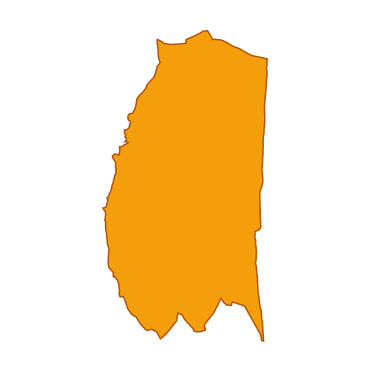 outline of Tambrauw, Papua Barat, Indonesia, rotated 262°
{"feature_id": "22746128B68810971865676", "entity_name": "Tambrauw", "entity_type": "district", "adm_level": 2, "iso_a3": "IDN", "parent_name": "Indonesia", "parent_adm1": "Papua Barat", "projection": "orthographic", "projection_center": [132.821, -0.81], "detail": "fine", "context": "isolated", "style": "filled", "palette": "amber", "viewbox_px": 384, "rotation_deg": 262, "n_neighbors": 0, "source": "geoboundaries", "source_scale": "gbopen_adm2", "svg_char_len": 4946}
<svg xmlns="http://www.w3.org/2000/svg" viewBox="0 0 384 384"><g transform="rotate(262 192 192)"><path d="M347.5,179.7L347.9,178.8L345.6,178.4L343.1,178.2L341.7,178.3L340.8,178.3L338.8,178.1L336.7,178.2L335.9,178.1L335.4,178.0L335.1,177.9L334.3,177.8L333.6,177.8L332.8,177.7L332.1,177.7L331.4,177.7L330.7,177.6L329.9,177.4L329.5,177.6L328.9,177.7L328.4,177.8L327.9,177.8L327.0,178.0L326.4,178.1L325.9,178.2L325.3,178.3L324.8,178.3L324.2,178.1L323.6,177.6L323.2,177.2L322.9,176.7L322.4,176.3L322.0,175.8L321.0,175.1L320.5,174.8L320.0,174.6L319.5,174.4L318.9,174.1L318.4,173.9L317.9,173.7L317.4,173.5L316.8,173.3L316.3,173.1L315.7,172.8L314.7,172.3L313.6,171.7L313.0,171.4L312.5,171.1L312.1,170.9L311.4,170.5L311.1,170.2L310.6,169.9L310.2,169.4L309.9,169.0L309.5,168.4L309.1,167.8L308.4,167.1L308.0,166.7L307.6,166.1L307.2,165.4L306.5,164.7L306.0,164.2L305.3,163.5L304.7,162.8L304.3,162.3L302.4,161.4L300.8,160.3L298.7,158.1L297.1,156.6L297.2,156.4L297.0,156.2L296.4,155.8L296.3,155.6L296.1,154.8L295.7,153.9L294.1,152.6L294.0,152.4L293.7,151.9L293.2,151.6L292.8,151.3L292.7,151.2L292.4,151.1L291.9,150.8L291.5,150.4L291.5,150.2L290.1,149.9L287.8,149.2L285.7,148.5L284.4,148.1L282.8,147.2L282.8,147.3L282.2,147.1L281.1,146.3L280.8,145.7L280.4,145.5L279.8,145.1L279.1,144.7L278.9,144.6L278.0,143.6L278.1,142.5L278.2,140.9L276.7,139.4L275.4,139.0L275.3,138.9L273.9,138.9L273.1,138.9L271.8,139.2L270.9,140.8L270.2,140.7L268.8,140.5L267.9,139.8L267.7,139.9L266.9,139.7L266.5,139.5L266.1,139.3L265.6,139.3L263.8,137.8L262.7,135.9L262.6,135.1L262.9,134.5L262.7,133.6L260.9,133.5L260.5,133.6L260.5,134.2L260.4,133.4L258.2,134.1L256.7,134.0L256.4,133.4L256.0,133.3L255.8,133.3L255.3,133.6L254.7,134.3L253.9,134.4L252.6,134.1L252.1,133.6L251.8,133.6L251.3,132.8L251.3,133.2L251.2,133.2L249.7,136.1L249.7,135.7L248.8,133.8L247.8,130.6L246.3,128.5L246.9,126.5L244.8,126.4L244.2,126.4L243.4,126.3L242.7,126.1L242.2,125.9L241.6,125.7L240.7,125.4L239.9,125.3L239.6,125.3L239.3,125.3L239.1,125.3L238.8,125.1L238.9,124.8L239.0,124.6L239.2,124.3L239.3,123.9L239.3,123.7L239.5,123.1L240.1,121.9L240.4,120.7L238.8,118.3L237.7,118.1L235.6,118.8L233.3,119.9L231.6,120.6L227.5,119.7L225.8,119.8L225.3,119.9L223.9,119.5L222.5,119.8L221.7,119.3L218.8,117.7L214.8,116.1L212.3,115.2L208.7,113.3L206.8,112.9L204.2,111.6L203.0,110.8L201.5,109.6L200.4,109.7L197.8,106.9L196.2,107.8L192.1,106.0L189.3,105.0L188.5,102.7L188.5,101.6L186.9,102.0L184.8,103.5L181.7,103.3L178.3,102.5L176.0,101.7L174.5,102.3L170.6,101.7L166.8,101.3L163.0,101.6L151.8,101.0L147.3,101.9L139.3,100.1L132.7,99.0L128.5,99.2L123.1,103.0L120.8,102.5L119.2,102.2L118.4,103.9L116.9,104.7L115.5,105.8L113.7,106.2L110.9,106.6L107.3,106.5L104.6,106.5L100.4,105.6L98.2,106.2L98.0,109.2L95.6,110.3L85.4,112.1L79.2,115.2L75.8,119.4L72.2,120.9L67.6,123.0L62.5,126.8L61.0,128.6L61.4,129.9L61.6,131.5L61.4,133.2L58.6,137.5L56.9,138.1L51.0,140.3L55.1,146.7L66.5,158.8L74.0,161.1L71.6,165.2L67.3,166.7L63.2,169.5L58.1,172.9L56.8,173.9L53.6,174.9L52.7,178.4L52.5,181.3L53.5,186.2L54.1,186.2L58.7,185.6L61.0,188.0L69.0,196.4L70.1,197.2L82.6,206.0L80.3,207.1L79.6,207.5L78.0,208.2L77.0,209.2L75.5,210.1L75.0,212.0L74.5,213.7L74.2,214.9L74.5,215.1L74.8,215.4L75.2,215.5L75.7,215.7L76.1,215.8L76.6,216.2L77.1,216.7L77.4,217.1L71.8,228.2L41.2,240.1L35.3,240.4L34.4,242.2L36.7,242.2L37.8,242.5L40.3,242.6L42.7,242.7L44.6,242.9L50.0,243.3L51.4,243.5L53.4,243.7L55.1,243.5L57.1,243.5L61.3,243.7L65.2,244.0L66.1,243.8L69.7,243.4L71.1,243.5L74.3,243.4L76.8,243.5L78.8,243.7L79.9,243.6L83.3,243.4L85.9,243.7L87.5,243.7L89.4,244.1L91.9,244.3L92.3,243.9L93.7,244.3L95.1,244.5L97.6,244.9L99.4,245.0L102.7,244.8L105.1,245.1L107.4,245.1L109.0,245.4L111.8,244.9L112.9,244.9L115.5,245.9L118.7,246.5L120.1,246.6L123.0,247.4L124.3,247.4L125.4,247.5L128.2,247.7L130.5,247.8L132.6,247.7L134.4,248.3L135.3,248.3L136.0,248.3L137.2,247.7L138.6,248.1L139.7,248.3L140.6,248.3L141.9,248.7L143.0,248.7L144.1,248.9L145.2,253.3L147.8,255.3L162.9,256.6L162.8,256.8L168.6,257.4L181.8,259.0L188.3,262.0L189.1,262.5L190.5,262.9L192.9,263.7L195.8,264.0L198.8,264.1L202.5,264.3L205.4,264.4L207.6,265.1L209.5,265.6L210.7,265.8L214.7,266.5L217.6,267.0L219.3,267.5L223.0,268.1L226.3,268.6L230.9,269.3L235.9,270.0L238.8,271.0L240.3,271.5L244.1,272.0L247.5,273.0L251.7,273.8L252.8,274.0L253.3,274.1L260.8,275.0L266.2,275.7L268.4,276.1L271.2,276.7L272.1,276.9L278.6,278.4L281.4,279.1L285.0,279.8L288.9,280.6L289.2,280.7L293.2,281.5L296.2,282.4L299.5,282.8L304.9,283.1L306.6,283.8L310.3,284.3L313.2,285.0L313.8,283.5L315.0,281.4L315.9,278.2L317.1,275.0L318.4,271.2L319.7,268.9L323.9,263.2L327.3,259.0L329.0,255.9L330.4,253.1L333.0,249.9L335.1,247.2L337.4,244.0L338.9,240.9L339.1,238.8L340.1,236.2L340.1,233.7L347.0,231.0L349.6,229.7L349.6,224.9L348.5,222.9L345.7,214.5L343.8,207.5L342.2,206.9L340.2,206.8L340.2,205.2L340.2,202.2L340.5,198.2L340.9,192.2L343.0,184.8L345.3,182.9L346.4,181.0L347.5,179.7Z" fill="#f59e0b" stroke="#b45309" stroke-width="1.5"/></g></svg>